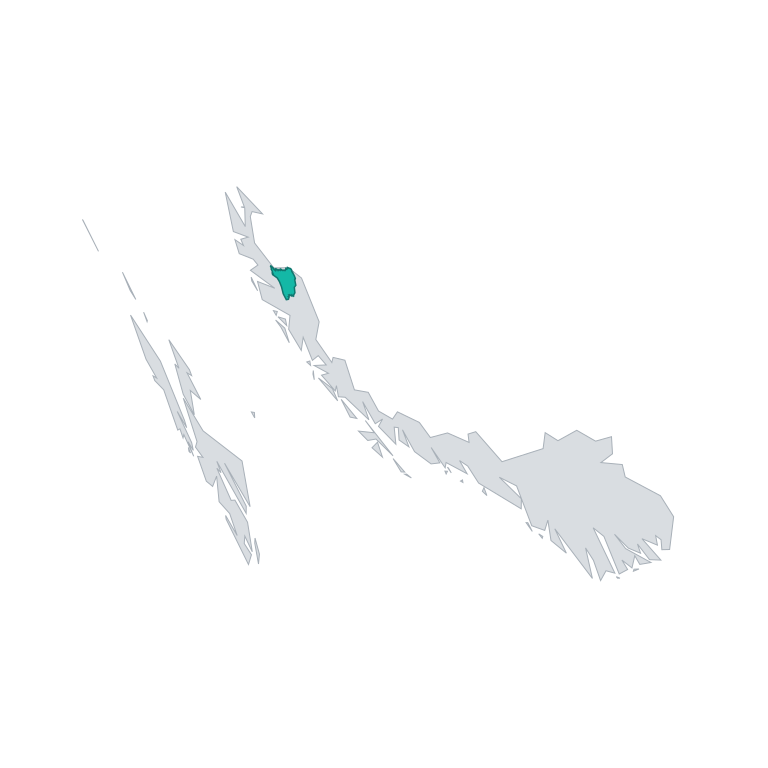 location of Kárášjohka sme 1, Finnmark, Norway, rotated 245°
{"feature_id": "86288312B66062966513984", "entity_name": "Kárášjohka sme 1", "entity_type": "district", "adm_level": 2, "iso_a3": "NOR", "parent_name": "Norway", "parent_adm1": "Finnmark", "projection": "equal_earth", "projection_center": [25.507, 69.392], "detail": "fine", "context": "in_parent", "style": "filled", "palette": "teal", "viewbox_px": 768, "rotation_deg": 245, "n_neighbors": 0, "source": "geoboundaries", "source_scale": "gbopen_adm2", "svg_char_len": 6911}
<svg xmlns="http://www.w3.org/2000/svg" viewBox="0 0 768 768"><g transform="rotate(245 384 384)"><path d="M453.1,341.0L425.5,345.8L429.6,349.1L422.1,358.6L391.2,354.7L383.1,366.2L361.8,367.6L348.6,376.9L353.1,384.4L334.2,399.8L315.9,403.4L312.8,420.9L295.1,436.4L303.1,439.0L302.0,447.0L263.7,458.1L258.2,500.9L271.8,509.5L259.1,517.7L260.6,539.1L242.8,551.6L240.1,567.9L224.2,561.6L221.1,547.4L210.3,565.9L197.8,563.3L165.9,587.3L141.3,590.4L113.3,572.9L116.4,565.8L125.8,569.3L131.8,566.1L122.4,563.7L134.8,552.4L107.4,560.5L112.6,550.4L131.9,546.1L122.2,545.0L132.0,536.1L150.4,529.4L132.7,533.4L109.4,550.5L112.4,539.6L122.4,538.7L112.5,531.0L123.9,525.2L112.9,526.4L112.4,516.9L153.0,518.9L165.3,512.8L115.0,513.3L120.9,506.3L114.3,497.2L135.6,499.3L150.3,497.4L119.7,490.7L180.6,477.6L153.6,477.8L171.6,469.2L191.4,475.0L183.4,467.8L193.1,458.0L235.6,461.1L250.8,449.1L221.9,460.0L212.9,455.6L254.2,427.9L274.3,425.2L282.7,420.1L267.5,421.4L286.6,407.1L282.2,404.0L306.5,399.9L288.9,401.3L291.7,392.9L309.8,383.1L334.7,381.4L316.5,380.0L326.9,374.0L338.4,378.5L340.6,375.0L324.4,369.3L347.9,361.1L352.9,367.9L351.7,359.3L377.1,357.2L357.9,355.2L388.4,343.2L391.7,337.3L402.6,340.2L398.3,336.9L418.4,331.1L417.2,338.2L430.3,328.5L425.7,339.7L437.5,336.4L435.7,329.1L460.5,330.5L449.4,323.2L473.8,320.7L485.9,327.8L511.9,309.3L530.4,312.7L516.9,325.5L543.5,311.0L545.1,320.0L552.4,318.2L563.3,307.9L577.8,309.9L568.9,315.2L575.7,315.4L574.5,323.0L585.8,311.9L625.0,321.2L585.3,324.8L602.4,332.2L625.1,333.9L589.5,345.8L596.0,337.3L592.3,333.6L566.5,326.3L535.8,333.2L529.9,346.4L514.9,354.0L467.8,351.5L453.1,341.0ZM371.0,181.9L397.2,184.5L394.0,188.9L406.5,186.5L410.8,190.2L456.0,196.1L418.0,200.2L374.2,222.8L329.4,210.8L379.6,206.0L331.5,207.5L325.0,204.4L384.6,199.8L372.5,198.8L378.3,196.9L343.1,196.3L341.8,199.8L316.4,201.9L287.6,193.7L305.0,193.6L298.5,189.9L285.3,191.7L277.7,184.9L328.2,183.8L331.8,184.9L308.7,186.9L331.8,189.4L347.0,184.8L371.3,193.4L363.6,185.4L371.0,181.9ZM429.4,177.6L471.8,181.9L483.9,177.7L489.0,178.1L485.5,180.5L507.0,178.8L553.6,183.4L499.2,191.0L435.3,187.8L427.8,186.7L446.5,185.0L412.1,184.9L404.4,183.1L414.5,182.0L398.9,181.0L422.7,181.2L420.1,179.1L429.6,180.1L429.4,177.6ZM459.6,197.7L490.6,202.9L484.9,204.8L515.1,207.7L479.2,213.7L472.9,213.2L477.4,210.2L447.4,211.4L460.0,205.7L436.3,199.1L459.6,197.7ZM343.9,354.6L358.8,351.6L315.1,361.8L337.5,353.5L339.7,345.4L352.1,341.0L343.9,354.6ZM368.3,339.3L388.2,338.7L364.3,344.8L368.3,339.3ZM388.3,334.9L417.2,327.1L401.6,335.3L388.3,334.9ZM273.9,194.2L294.3,199.6L298.9,202.0L282.5,199.2L273.9,194.2ZM331.3,346.2L334.0,353.5L318.4,351.7L331.3,346.2ZM487.8,312.8L476.6,317.7L461.4,315.6L479.1,314.6L487.8,312.8ZM489.7,316.3L484.5,322.1L478.1,320.5L489.7,316.3ZM297.1,362.4L312.6,360.7L295.4,365.6L297.1,362.4ZM659.4,180.4L624.9,181.3L660.6,180.2L659.4,180.4ZM575.9,193.5L595.9,194.2L565.5,194.8L575.9,193.5ZM521.9,308.9L533.3,307.7L537.0,308.8L521.9,308.9ZM497.2,314.8L494.8,317.9L491.8,315.3L497.2,314.8ZM436.6,323.3L436.2,326.5L431.9,325.3L436.6,323.3ZM414.7,252.0L413.0,254.5L407.9,252.5L414.7,252.0ZM550.7,196.5L541.4,196.3L540.6,195.6L550.7,196.5ZM245.2,427.8L247.8,430.8L239.4,430.1L245.2,427.8ZM417.3,322.6L423.0,323.8L426.1,325.6L417.3,322.6ZM405.4,178.8L409.2,179.9L403.2,179.5L405.4,178.8ZM197.6,455.7L187.7,456.1L198.3,454.2L197.6,455.7ZM182.8,460.9L178.7,463.5L177.3,462.2L182.8,460.9ZM292.8,366.4L287.3,369.1L293.5,364.6L292.8,366.4ZM110.5,532.3L108.6,536.9L108.9,530.9L110.5,532.3ZM278.1,404.6L276.2,402.3L279.3,402.4L278.1,404.6ZM604.9,329.2L603.7,331.8L603.3,331.3L604.9,329.2ZM280.6,406.9L275.0,407.4L281.8,406.3L280.6,406.9ZM263.7,412.3L263.9,414.6L261.4,413.9L263.7,412.3ZM111.2,513.1L108.3,515.8L109.3,513.6L111.2,513.1Z" fill="#d9dde1" stroke="#a8b0b8" stroke-width="1"/><path d="M501.4,333.5L501.6,333.7L502.2,333.9L502.4,334.2L502.7,334.3L502.8,334.4L502.8,334.7L503.0,334.8L503.3,334.8L503.4,334.7L503.5,334.6L503.5,334.8L503.9,334.9L504.0,335.0L504.0,335.3L504.3,335.3L504.6,335.5L504.8,335.6L505.0,335.5L505.0,335.9L504.8,336.0L504.6,336.3L504.2,336.6L503.8,336.9L503.3,337.1L503.4,337.3L503.2,337.3L502.9,337.5L503.0,337.8L503.3,338.1L503.0,338.1L502.9,338.2L502.8,338.3L502.5,338.5L502.4,338.7L501.8,338.7L501.4,338.8L501.5,338.8L501.5,339.1L501.4,339.1L502.7,339.6L502.8,339.6L504.3,341.8L509.6,343.6L510.7,345.8L516.4,347.2L516.4,347.3L516.5,347.5L516.9,347.7L516.9,347.8L516.7,347.9L516.8,348.0L517.0,348.2L517.2,348.3L517.6,348.3L517.8,348.3L518.0,348.3L518.4,348.3L518.5,348.3L519.2,348.4L519.3,348.4L519.6,348.5L519.9,348.4L520.2,348.4L520.4,348.4L520.7,348.4L520.8,348.4L521.1,348.4L521.3,348.4L521.5,348.4L522.1,348.3L522.4,348.3L522.7,348.3L523.1,348.4L523.4,348.3L523.6,348.2L523.8,348.3L523.8,348.2L524.0,348.2L524.4,348.1L524.5,348.1L524.8,348.0L525.1,348.0L525.4,348.2L525.5,348.2L525.8,348.3L526.1,348.4L526.3,348.3L526.9,348.4L527.1,348.4L527.4,348.3L527.5,348.3L527.6,348.2L527.8,348.0L528.1,348.0L528.1,347.9L528.2,347.7L528.3,347.7L528.5,347.5L528.4,347.5L528.5,347.5L528.8,347.2L529.0,347.1L529.1,346.9L529.2,346.7L529.3,346.5L529.4,346.4L529.5,346.3L529.7,346.2L530.0,346.1L530.3,345.9L530.3,345.6L530.2,345.6L529.9,345.6L529.8,345.4L529.9,345.2L530.0,345.2L529.9,345.1L529.7,344.9L529.4,344.7L529.5,344.6L529.4,344.5L529.4,344.4L529.5,344.3L529.5,344.2L529.3,344.1L529.5,343.9L529.6,343.7L529.8,343.6L529.7,343.5L529.8,343.5L529.7,343.4L529.5,343.2L529.4,343.1L529.2,342.8L529.1,342.7L528.9,342.5L528.8,342.4L529.0,342.3L529.1,342.2L529.2,341.9L529.0,341.7L529.0,341.4L529.3,341.3L529.5,341.2L529.7,340.9L529.8,340.8L529.8,340.6L529.6,340.6L529.8,340.5L529.8,340.4L529.7,340.4L529.7,340.2L530.0,340.1L530.0,339.9L530.4,339.7L530.5,339.5L530.9,339.4L531.1,339.4L531.1,339.1L531.3,339.0L531.4,338.9L531.7,338.8L531.6,338.7L531.4,338.6L531.0,338.5L531.0,338.4L530.7,338.3L530.7,338.2L531.0,338.1L530.9,338.0L531.1,337.9L531.3,337.7L531.4,337.4L531.5,337.3L531.9,337.2L532.0,337.2L531.9,337.0L531.7,337.0L531.7,336.9L531.8,336.7L532.1,336.4L532.2,336.2L531.5,336.0L531.5,335.9L531.9,335.8L532.5,335.7L533.0,335.5L533.3,335.4L533.5,335.3L533.5,335.2L533.8,334.9L534.0,334.7L533.7,334.5L533.8,334.4L533.7,334.4L533.8,334.3L533.6,334.1L533.2,333.9L532.6,333.8L532.5,333.7L532.9,333.5L532.9,333.4L533.4,333.3L533.5,333.2L533.8,333.0L533.8,332.9L534.1,332.8L534.3,332.7L534.5,332.7L534.9,332.6L535.4,332.7L535.5,332.6L535.8,332.6L536.1,332.5L536.5,332.5L536.7,332.4L537.0,332.3L537.1,332.2L537.4,332.0L537.7,331.9L537.8,331.9L538.0,331.6L538.4,331.6L538.5,331.5L538.6,331.4L538.9,331.3L539.0,331.3L539.0,331.2L538.9,331.0L538.9,330.9L539.0,330.9L537.6,330.9L536.4,330.9L535.9,330.3L534.1,330.4L533.6,330.4L532.2,330.0L531.0,330.0L531.4,329.5L530.2,329.3L525.2,332.1L520.7,332.5L517.6,332.3L515.5,332.2L508.4,330.8L501.7,331.1L501.3,332.6L501.3,332.9L501.3,333.0L501.2,333.1L501.2,333.3L501.3,333.4L501.4,333.5Z" fill="#14b8a6" stroke="#0f766e" stroke-width="1.5"/></g></svg>